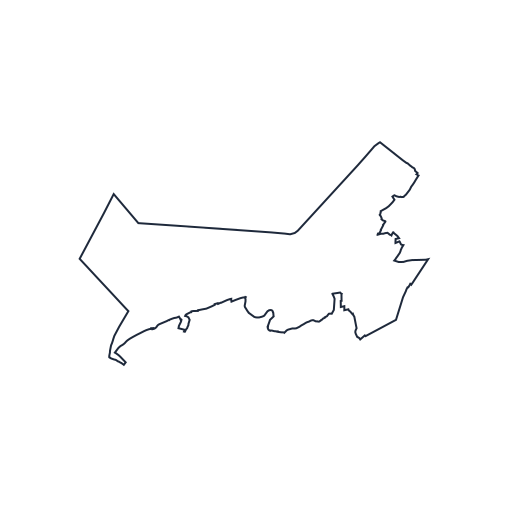 outline of Gooise Meren, Noord-Holland, Netherlands, rotated 320°
{"feature_id": "6326949B89511959643085", "entity_name": "Gooise Meren", "entity_type": "district", "adm_level": 2, "iso_a3": "NLD", "parent_name": "Netherlands", "parent_adm1": "Noord-Holland", "projection": "natural_earth1", "projection_center": [5.099, 52.322], "detail": "fine", "context": "isolated", "style": "outline", "palette": "slate", "viewbox_px": 512, "rotation_deg": 320, "n_neighbors": 0, "source": "geoboundaries", "source_scale": "gbopen_adm2", "svg_char_len": 5891}
<svg xmlns="http://www.w3.org/2000/svg" viewBox="0 0 512 512"><g transform="rotate(320 256 256)"><path d="M186.8,117.1L167.1,125.4L119.1,144.8L120.5,172.6L121.2,185.7L122.6,213.5L122.8,216.2L105.8,222.2L96.2,226.1L93.4,227.8L92.1,228.7L89.5,230.3L87.7,231.2L86.9,231.8L83.3,234.7L81.8,236.3L81.5,236.5L79.6,238.0L79.3,238.4L78.9,238.7L78.5,239.3L78.8,239.9L78.9,240.2L78.8,240.5L79.6,242.1L80.1,242.9L80.2,243.1L81.0,244.4L81.6,245.1L82.0,246.0L82.5,247.9L82.7,248.3L83.0,248.6L83.2,249.3L83.9,251.2L84.1,251.4L84.2,251.8L84.4,252.9L84.4,253.0L84.6,253.4L84.8,254.4L87.8,253.7L87.3,245.9L87.1,244.3L86.9,243.2L86.3,240.8L85.8,239.3L88.0,238.8L90.1,238.3L91.5,238.0L93.0,237.9L94.5,237.9L96.6,238.3L97.9,238.4L99.3,238.4L101.4,238.1L102.9,238.0L104.5,238.1L106.4,238.3L109.8,238.9L114.2,239.8L117.5,240.6L121.9,241.6L124.4,242.3L127.2,243.4L128.0,243.9L128.7,244.4L129.2,243.9L130.5,244.9L130.8,245.1L130.0,245.7L130.8,246.1L131.7,246.4L132.5,246.5L133.4,246.5L134.2,246.4L135.6,246.0L136.6,245.9L137.6,246.0L138.7,246.3L145.8,248.5L147.7,248.9L148.3,249.1L148.4,249.3L148.7,249.2L151.4,250.1L153.7,251.0L153.9,251.2L155.7,252.2L158.0,252.9L157.6,255.3L157.3,256.3L157.9,256.4L158.0,256.8L157.9,257.0L157.4,257.2L156.9,257.7L156.1,258.2L152.5,259.8L151.9,260.1L150.2,261.5L154.0,266.8L152.3,267.6L152.8,268.3L153.2,268.2L155.1,267.3L156.9,267.0L158.0,266.3L159.4,265.7L159.9,265.4L160.5,264.7L160.9,264.4L164.1,262.3L164.8,259.6L164.5,258.6L164.1,257.6L163.2,256.4L164.0,256.0L165.1,255.9L169.8,257.0L170.1,257.2L170.3,257.4L170.6,257.3L170.8,257.1L171.0,256.9L172.4,257.7L176.3,260.8L176.5,260.8L176.9,260.3L178.2,261.1L180.6,262.4L184.1,264.4L189.7,266.1L193.0,266.9L193.4,266.3L196.2,267.5L195.9,267.9L196.0,268.1L196.0,268.3L199.0,269.1L199.2,269.4L205.3,271.1L207.2,271.8L208.7,272.7L208.8,272.7L208.9,272.8L209.0,272.6L209.3,272.8L209.5,272.9L208.8,273.7L207.9,275.2L212.0,276.5L217.0,278.3L218.9,279.2L221.2,280.6L221.5,280.5L221.7,280.9L221.4,281.0L221.0,281.3L220.5,281.5L220.3,282.1L220.1,282.5L218.7,284.1L216.5,285.9L215.6,286.6L215.1,287.2L214.7,288.1L214.4,290.5L214.1,292.3L214.1,292.8L213.9,294.6L214.0,294.7L213.9,295.0L214.3,296.4L214.9,299.0L215.2,300.1L215.5,301.5L216.2,302.6L217.3,303.8L219.1,305.2L220.7,305.9L220.8,306.0L221.2,306.2L222.9,306.8L224.0,307.0L226.0,306.5L229.4,305.7L230.6,306.0L230.9,305.9L231.4,306.1L231.9,306.4L232.6,306.9L232.9,307.3L233.3,308.1L233.3,308.4L233.3,308.8L232.9,310.1L232.7,310.2L232.6,310.8L231.3,312.6L230.7,313.6L226.0,313.9L225.5,314.0L224.5,314.7L219.7,317.5L219.9,317.7L219.5,318.1L218.7,318.8L218.3,319.9L218.2,320.4L218.3,321.0L218.4,321.6L218.7,322.2L218.9,322.1L220.3,323.4L221.7,325.4L222.8,326.4L223.4,327.2L223.7,327.4L223.5,327.5L224.1,328.3L226.2,330.6L228.4,332.6L228.5,332.7L228.4,332.7L228.4,333.0L230.0,332.9L231.5,332.7L232.8,332.9L234.1,333.4L234.7,333.7L235.9,334.2L236.5,334.5L237.1,334.8L237.6,335.1L238.9,336.3L240.1,337.1L240.5,337.3L243.2,338.0L244.3,338.2L246.0,338.3L248.9,338.9L249.8,339.0L251.0,339.2L251.7,339.3L252.7,339.6L254.4,340.3L256.4,340.7L257.9,341.4L258.7,342.1L258.8,342.3L259.8,344.5L260.1,344.8L260.8,345.3L261.1,345.7L261.4,346.2L261.7,346.4L262.2,346.8L262.5,346.9L263.3,346.9L263.8,347.1L264.6,346.9L265.4,347.2L267.1,347.0L268.0,347.3L269.2,347.5L269.3,347.2L269.9,347.3L271.5,347.7L271.9,347.7L272.9,347.4L274.7,347.1L275.5,347.6L276.2,348.2L276.6,348.4L276.9,348.9L280.3,347.6L281.0,347.3L288.7,339.3L289.5,337.0L290.2,334.1L290.4,334.1L294.8,336.8L296.2,337.6L297.0,338.1L297.0,339.1L297.1,339.6L297.3,340.1L297.0,340.2L296.6,340.6L292.9,345.1L292.8,345.3L292.0,344.9L288.2,349.6L291.4,351.2L289.7,353.3L288.8,354.3L292.5,356.2L292.1,357.2L292.5,359.3L292.5,362.4L293.1,362.5L292.5,364.1L292.3,365.7L287.8,373.8L286.9,375.5L286.6,376.0L284.5,377.0L283.8,377.5L283.1,378.2L282.4,379.7L281.6,382.7L281.5,383.1L281.6,383.5L282.1,384.1L282.1,384.6L282.3,385.0L282.4,385.3L282.2,386.9L288.3,386.8L288.4,387.8L322.2,394.9L342.1,382.1L348.1,379.3L349.8,378.3L352.0,377.4L352.5,377.9L355.7,376.8L356.2,376.5L356.4,376.4L356.5,376.5L356.5,376.9L356.5,377.8L359.1,377.1L363.0,375.9L385.8,369.1L383.8,368.1L377.1,362.8L373.0,359.5L369.6,357.4L368.6,356.8L365.1,355.3L361.5,352.4L359.0,348.4L360.7,348.1L362.2,347.6L364.4,347.1L365.7,346.7L367.7,346.2L368.6,345.8L370.1,345.0L370.9,344.4L372.0,343.9L373.2,343.3L375.9,342.4L375.0,341.3L374.6,340.6L374.6,340.2L374.7,339.5L375.2,337.9L375.3,337.0L371.2,335.7L371.5,335.3L373.9,332.7L377.0,334.3L377.2,331.7L376.8,329.4L376.3,327.0L376.5,326.5L376.5,326.2L376.3,326.0L375.3,326.3L373.9,326.8L373.0,327.3L372.9,326.7L372.3,325.9L372.1,325.4L372.0,324.4L371.7,323.1L371.6,322.7L370.5,322.1L370.0,321.7L367.7,320.7L366.6,319.7L366.0,319.3L364.8,318.7L364.2,318.5L362.9,317.9L363.0,317.8L363.3,317.9L363.5,317.6L363.4,317.5L363.9,317.2L364.0,317.2L364.7,318.0L364.8,318.0L368.3,316.6L368.4,316.4L368.4,316.2L373.1,314.3L373.2,314.1L373.3,313.8L374.0,313.7L376.7,313.0L377.1,312.9L377.3,312.8L377.4,312.5L377.3,312.3L376.0,310.1L375.8,308.5L376.2,308.4L376.7,307.3L377.2,305.5L377.1,304.5L377.2,304.0L378.3,303.7L379.6,302.5L379.9,302.5L380.4,301.8L386.5,303.0L389.7,303.2L395.2,302.6L398.2,301.9L398.7,298.2L400.4,298.3L401.1,298.5L401.2,298.8L401.9,300.4L402.8,301.7L403.2,302.3L403.8,302.9L404.5,303.5L404.8,303.5L405.4,304.4L406.4,305.2L407.1,305.6L408.3,305.4L410.3,305.4L412.1,305.0L415.8,304.2L416.8,303.9L417.4,303.6L418.8,303.0L419.4,302.7L422.0,302.1L424.7,301.3L427.2,300.4L432.2,298.8L431.9,298.2L431.7,297.1L431.5,296.6L431.9,296.6L433.1,296.3L432.6,293.1L433.3,291.8L433.4,291.5L433.5,291.1L433.5,290.2L432.7,288.3L432.6,287.1L432.3,286.5L432.1,285.4L432.1,285.0L432.1,284.8L431.9,284.1L431.7,282.3L431.1,281.6L429.9,276.7L424.1,248.6L422.4,248.3L417.3,248.0L405.1,250.0L392.4,251.9L304.2,263.5L300.5,263.3L296.1,261.3L292.5,257.4L282.6,247.5L212.8,180.0L187.0,155.2L186.8,117.1Z" fill="none" stroke="#1e293b" stroke-width="2"/></g></svg>